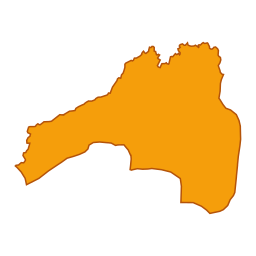 Zota, Bong, Liberia (orthographic projection)
{"feature_id": "62588387B17056544161092", "entity_name": "Zota", "entity_type": "district", "adm_level": 2, "iso_a3": "LBR", "parent_name": "Liberia", "parent_adm1": "Bong", "projection": "orthographic", "projection_center": [-9.445, 7.274], "detail": "fine", "context": "isolated", "style": "filled", "palette": "amber", "viewbox_px": 256, "rotation_deg": 0, "n_neighbors": 0, "source": "geoboundaries", "source_scale": "gbopen_adm2", "svg_char_len": 3481}
<svg xmlns="http://www.w3.org/2000/svg" viewBox="0 0 256 256"><path d="M220.0,211.2L223.4,209.6L227.7,205.5L230.2,199.6L233.0,196.1L233.4,195.6L234.8,192.4L236.4,176.8L236.4,176.3L237.5,165.3L237.5,164.6L238.3,156.4L239.9,145.8L240.6,139.4L240.6,138.6L240.5,135.0L240.3,126.1L239.0,120.5L238.9,120.3L236.4,114.8L236.3,114.6L230.6,110.0L225.8,108.2L222.8,104.3L222.7,104.1L219.8,99.4L218.9,98.3L220.1,91.2L220.2,88.9L220.4,84.0L220.5,83.1L221.4,79.5L223.5,74.5L222.0,74.2L220.3,72.3L220.0,70.6L218.6,66.7L218.3,65.4L219.9,62.9L220.8,59.9L220.4,57.4L219.0,56.5L218.1,55.1L218.3,52.1L218.4,50.5L217.6,48.8L215.6,47.0L213.9,47.3L213.1,48.3L212.0,49.1L211.0,49.1L210.1,48.6L209.6,48.3L209.4,46.4L208.6,45.0L207.9,43.4L207.3,42.9L205.7,43.3L204.4,43.4L203.2,42.6L201.5,43.8L201.0,44.5L200.3,45.0L199.5,44.8L198.5,45.0L198.1,45.7L198.9,46.9L198.6,47.4L197.5,46.6L195.4,45.2L194.3,45.9L192.9,46.1L191.1,46.2L190.0,45.9L189.2,45.6L188.3,45.2L187.9,44.7L187.5,42.9L185.4,45.2L184.2,45.3L182.5,43.9L180.5,44.5L179.5,45.3L179.3,46.1L180.2,47.3L179.1,48.3L177.9,48.8L178.4,50.7L180.1,52.7L180.1,53.9L179.6,54.8L178.4,53.4L177.6,54.2L176.7,54.6L175.4,53.6L173.1,56.3L172.8,56.7L171.5,56.5L170.5,56.8L169.0,63.4L168.6,64.1L166.9,63.7L166.3,62.8L164.8,63.6L163.2,63.6L161.9,63.7L160.8,65.9L160.2,67.6L159.7,67.5L159.1,67.3L158.1,66.8L157.4,65.6L160.2,60.0L158.0,58.6L157.6,58.0L159.6,55.0L158.4,54.3L157.5,54.8L157.0,54.9L156.5,54.7L155.6,51.8L155.6,51.5L154.6,51.3L154.2,51.1L154.2,48.9L154.2,47.4L153.3,46.5L152.0,46.4L150.9,47.6L149.5,47.2L148.8,49.8L148.5,51.4L147.3,52.3L146.0,53.4L145.4,53.4L144.4,52.4L143.5,51.2L142.3,52.5L141.7,53.8L141.7,54.5L139.8,56.2L136.4,58.1L134.4,58.1L133.4,60.3L132.3,60.9L131.2,60.4L125.8,63.1L124.9,64.2L124.9,67.3L124.1,70.3L123.1,73.1L121.5,74.9L120.9,77.6L120.7,78.2L120.4,78.1L118.8,77.8L117.5,78.9L117.0,80.6L112.5,87.1L110.9,91.3L110.2,93.2L108.5,93.0L107.8,94.3L106.9,95.1L103.8,96.1L100.8,97.1L98.5,97.2L98.1,97.2L98.0,97.3L97.2,97.7L95.8,98.6L94.8,99.9L91.7,101.1L89.3,101.1L88.3,101.0L87.7,101.6L87.0,101.8L85.1,103.1L83.9,104.3L82.3,104.9L78.5,106.7L75.9,108.4L75.0,110.5L72.5,110.9L69.5,111.2L65.0,113.9L63.4,114.8L63.2,114.8L63.3,115.0L59.8,114.7L51.4,121.3L50.3,121.4L49.0,121.6L48.7,121.6L43.9,121.8L43.0,122.6L40.2,124.7L39.9,124.7L39.2,124.7L37.9,123.8L36.4,124.9L35.5,126.3L35.2,126.4L34.2,126.6L32.3,126.6L29.9,126.6L28.6,127.1L28.5,127.5L27.3,131.4L27.6,132.1L27.8,132.7L30.5,134.0L29.9,136.3L28.1,137.6L27.5,138.8L26.7,140.3L26.9,142.9L27.0,143.2L29.8,143.2L29.3,145.3L28.8,146.9L28.7,147.1L28.5,147.9L28.2,149.1L26.6,150.8L25.8,152.5L23.6,152.9L23.0,155.5L23.5,156.4L25.4,159.5L25.4,160.4L23.8,162.7L23.7,162.8L21.8,162.7L21.3,162.6L19.3,164.3L18.6,165.0L16.0,165.3L15.8,165.7L15.4,166.0L17.1,167.5L21.2,172.0L25.1,178.3L25.7,180.8L26.5,184.7L38.9,178.4L48.5,170.9L58.2,164.4L61.4,162.3L67.1,158.2L73.4,156.4L79.4,154.4L84.9,151.9L87.9,149.0L89.0,145.1L90.5,144.2L93.3,142.5L99.7,142.0L107.3,142.7L107.9,142.7L111.3,143.1L115.5,145.4L118.0,144.9L123.9,144.8L127.9,149.6L128.2,149.9L130.6,155.3L130.9,155.3L131.2,159.1L130.6,165.4L130.1,169.6L131.4,170.1L132.8,169.7L136.8,168.8L137.4,168.7L142.6,169.2L147.8,169.0L151.7,168.5L151.9,168.5L154.3,168.8L161.6,169.7L168.3,171.4L170.7,172.0L180.3,178.5L180.5,179.9L180.7,181.2L181.4,186.2L181.4,186.5L181.0,199.9L180.9,202.5L181.7,202.5L193.2,202.6L194.9,203.4L195.7,203.7L201.4,206.2L206.5,210.0L209.9,213.4L219.8,211.3L220.0,211.2Z" fill="#f59e0b" stroke="#b45309" stroke-width="1.5"/></svg>